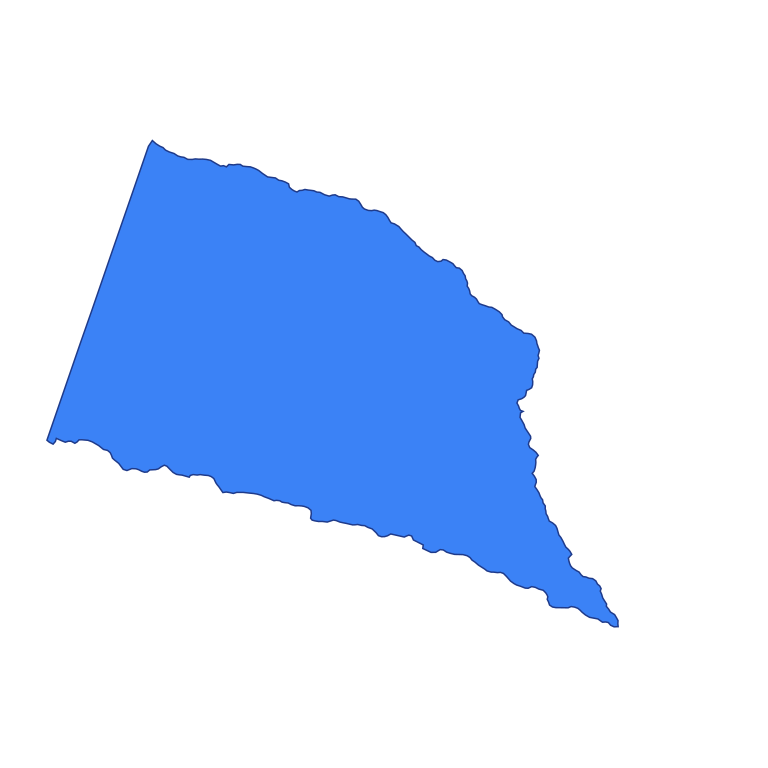 the district of Bom Jesus das Selvas, Maranhão, Brazil, rotated 109°
{"feature_id": "56859067B7435472953251", "entity_name": "Bom Jesus das Selvas", "entity_type": "district", "adm_level": 2, "iso_a3": "BRA", "parent_name": "Brazil", "parent_adm1": "Maranhão", "projection": "equal_earth", "projection_center": [-46.671, -4.525], "detail": "fine", "context": "isolated", "style": "filled", "palette": "blue", "viewbox_px": 768, "rotation_deg": 109, "n_neighbors": 0, "source": "geoboundaries", "source_scale": "gbopen_adm2", "svg_char_len": 5271}
<svg xmlns="http://www.w3.org/2000/svg" viewBox="0 0 768 768"><g transform="rotate(109 384 384)"><path d="M235.9,684.1L243.9,684.1L246.3,684.1L282.7,684.1L344.8,684.2L380.1,684.2L409.4,684.2L444.1,684.4L506.1,684.4L546.9,684.4L548.0,681.5L548.6,677.3L545.4,676.0L542.1,676.1L542.6,670.3L542.8,666.4L540.8,663.7L540.0,661.1L540.7,657.0L538.7,655.3L536.1,654.2L535.1,651.5L533.6,645.5L533.7,641.0L535.1,633.7L537.2,628.0L536.8,623.8L538.0,620.6L540.0,618.6L542.5,616.6L543.6,614.1L545.4,609.0L549.6,602.8L549.5,598.9L546.1,594.9L544.9,590.8L544.9,588.0L545.4,584.6L545.4,581.8L544.3,579.2L541.5,577.5L539.3,572.1L537.8,569.8L534.7,567.6L532.3,565.3L532.4,562.5L534.3,558.8L536.3,554.6L537.0,550.8L536.5,547.9L535.9,545.3L535.5,537.8L533.5,537.4L531.8,535.0L530.9,531.0L529.5,528.3L528.7,524.2L527.7,520.3L527.8,517.2L528.8,514.1L532.2,510.8L533.6,508.9L534.8,506.9L539.1,501.0L537.5,498.0L536.9,494.6L536.5,490.8L534.4,487.9L532.3,481.7L531.2,476.8L530.0,471.7L529.4,468.0L529.2,463.8L529.6,460.6L529.7,455.8L530.2,450.0L529.0,447.8L528.3,444.6L528.9,442.0L528.5,439.3L527.7,435.8L528.2,432.6L528.1,428.5L526.8,424.8L526.1,422.1L525.7,419.5L525.8,415.5L527.2,411.9L530.3,410.5L534.8,409.7L536.1,407.7L535.9,404.7L535.3,401.1L534.0,397.4L533.0,392.7L529.1,387.5L528.7,384.8L528.9,380.7L528.5,377.2L528.1,374.5L527.4,367.7L526.5,365.4L525.4,363.2L525.0,359.1L524.2,356.1L524.8,352.7L524.9,348.0L527.2,343.0L529.2,339.9L529.2,336.6L528.1,333.7L526.4,331.3L523.6,328.8L522.1,315.0L520.3,313.1L518.8,311.3L518.7,308.4L521.9,305.4L523.4,294.5L526.9,293.8L527.9,284.7L526.3,280.3L522.3,277.0L521.6,273.9L522.6,270.1L522.5,266.0L522.1,261.7L520.6,257.0L519.6,253.8L519.3,249.4L520.1,246.1L521.8,243.6L522.8,240.0L524.5,235.7L526.2,228.6L527.2,225.8L527.0,221.5L526.2,219.1L525.4,215.3L524.2,212.6L524.2,209.4L526.1,205.5L529.2,200.1L530.4,196.1L530.9,193.1L530.8,189.1L531.0,184.1L530.2,181.2L527.5,178.4L527.0,174.7L527.5,170.8L527.2,166.3L528.8,163.1L530.3,161.2L531.9,159.8L534.4,159.6L536.4,157.6L539.1,155.5L540.0,152.1L539.5,148.7L537.2,141.8L535.7,137.1L533.5,134.6L532.9,131.1L533.0,127.6L534.0,125.0L535.4,122.2L536.8,118.3L537.7,113.7L536.5,105.3L538.1,99.9L536.8,96.8L536.5,94.2L538.3,91.2L538.7,87.4L537.2,83.6L534.4,84.9L531.5,85.7L529.3,88.1L527.0,90.8L525.9,95.6L523.8,98.2L521.8,101.4L519.6,101.9L517.6,104.4L515.1,107.5L511.9,109.8L509.4,112.1L506.8,112.1L504.7,114.3L503.7,117.0L501.2,119.6L500.1,123.4L500.9,127.0L500.7,130.2L501.3,133.1L500.2,135.6L498.3,138.3L497.8,141.4L496.6,146.1L495.1,148.4L493.2,150.1L490.9,151.7L488.6,153.0L486.4,152.1L484.0,151.0L481.5,153.9L480.3,156.0L479.0,159.0L476.8,161.3L474.4,163.6L471.6,166.7L469.8,169.5L467.4,171.2L464.2,173.4L461.9,175.7L460.5,179.3L459.8,183.1L457.8,184.8L456.0,186.1L453.9,188.5L451.3,189.7L449.4,191.0L446.8,191.8L444.6,194.9L441.8,196.4L440.4,198.6L438.6,200.3L436.5,202.0L434.2,204.8L431.9,208.0L429.6,208.1L427.4,208.0L424.8,209.0L422.3,211.7L420.2,214.8L417.6,213.7L413.9,213.8L411.1,214.3L408.7,214.9L405.8,216.1L403.6,215.7L401.3,214.9L399.1,218.1L397.8,221.4L396.7,225.5L394.1,227.8L391.9,228.1L389.8,227.8L387.8,227.5L385.7,228.4L383.6,231.1L381.7,233.6L379.6,236.3L376.8,238.3L373.6,241.8L371.3,244.5L369.1,245.0L366.8,245.5L364.6,243.6L364.5,246.4L363.0,248.1L361.0,249.6L358.7,252.1L355.3,252.0L353.1,249.0L350.9,247.3L348.9,246.4L346.4,246.7L343.6,247.1L341.9,245.1L339.5,243.2L336.5,243.2L333.4,244.1L330.8,245.5L328.5,245.1L326.4,245.5L323.6,244.8L320.6,245.4L318.4,244.6L315.9,245.3L312.4,246.2L309.3,245.8L306.9,247.6L304.3,247.7L301.5,248.0L299.5,249.8L297.8,251.1L295.8,252.7L293.6,253.8L290.6,256.5L288.9,260.7L289.3,264.2L290.4,268.4L288.7,271.8L288.4,276.2L287.6,279.5L286.9,282.8L284.7,286.4L283.9,290.8L281.9,293.8L280.0,295.0L278.2,298.5L277.1,303.0L276.4,307.0L277.1,310.0L277.0,313.7L277.1,317.0L277.0,320.1L275.5,322.1L273.6,324.2L272.5,326.6L272.0,329.7L270.8,331.8L268.0,333.4L266.1,335.0L264.4,337.2L261.4,337.9L259.6,339.2L257.9,341.1L255.3,342.5L253.6,344.8L251.3,347.0L249.9,350.5L250.5,353.5L249.3,355.7L247.8,358.0L247.2,361.0L246.5,365.4L247.1,368.7L249.3,370.0L250.8,373.1L250.4,376.3L248.7,379.4L248.2,382.9L247.2,385.9L246.3,388.8L244.9,392.5L243.1,395.6L242.7,398.5L240.1,400.8L238.7,404.6L236.6,408.9L235.0,412.2L233.6,415.4L232.0,418.3L230.3,421.2L229.2,426.2L229.3,429.8L227.6,432.0L225.3,434.5L223.3,437.4L222.2,440.5L222.3,444.5L222.3,447.2L222.8,449.9L224.1,452.1L225.0,455.4L224.9,459.5L223.9,462.0L221.7,464.5L219.4,467.4L218.4,470.8L219.6,474.5L220.2,477.0L220.3,479.7L220.5,483.9L221.6,487.8L221.0,491.7L222.1,494.2L224.2,497.0L224.4,501.8L223.6,506.9L224.4,510.0L224.1,513.2L224.7,516.2L225.3,518.9L225.8,522.1L227.5,524.4L228.6,527.0L230.8,528.8L230.7,531.5L230.1,534.3L228.8,537.5L225.8,539.4L225.2,543.0L225.1,546.7L225.6,549.9L224.5,553.7L225.3,557.6L226.1,561.5L225.4,564.0L224.5,567.4L222.9,572.0L222.4,575.1L222.2,577.8L222.2,581.1L223.1,584.5L224.0,588.4L223.2,591.4L224.1,594.3L225.8,597.5L226.9,602.1L230.0,603.7L229.8,606.8L231.2,609.5L230.4,613.9L229.7,617.4L229.0,620.8L229.5,625.1L230.4,628.7L231.7,632.2L232.6,635.7L234.1,638.4L235.5,642.7L234.8,646.9L235.4,650.1L235.5,653.3L234.4,657.5L234.5,662.5L234.0,666.7L232.4,669.9L232.1,673.5L231.1,677.7L229.2,682.3L235.9,684.1Z" fill="#3b82f6" stroke="#1e3a8a" stroke-width="1.5"/></g></svg>